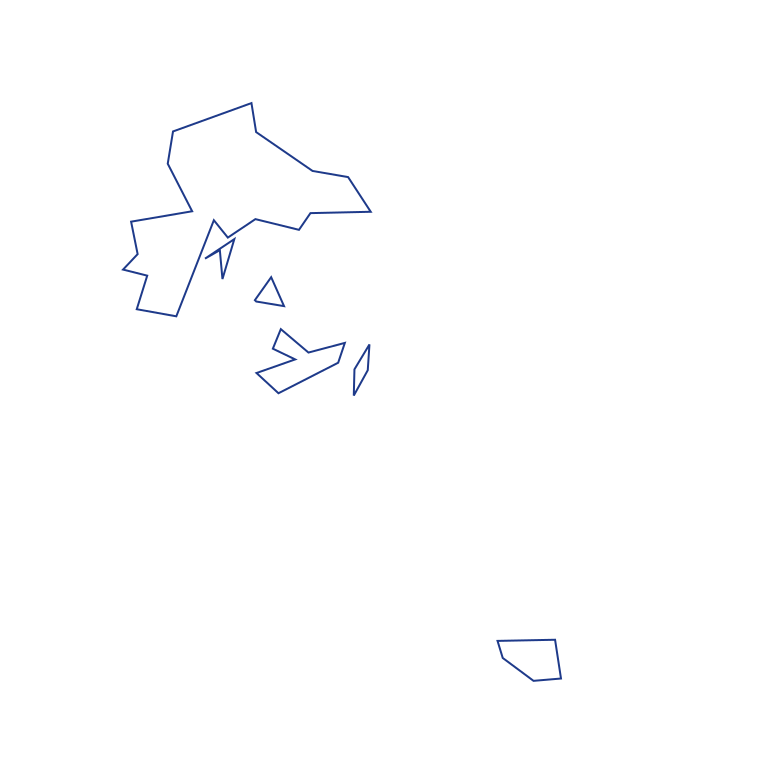 an SVG outline of Attiki, rotated 309°
{"feature_id": "GRC-2884", "entity_name": "Attiki", "entity_type": "Region", "adm_level": 1, "iso_a3": "GRC", "parent_name": "Greece", "parent_adm1": "", "projection": "mercator", "projection_center": [23.522, 37.086], "detail": "coarse", "context": "isolated", "style": "outline", "palette": "blue", "viewbox_px": 768, "rotation_deg": 309, "n_neighbors": 0, "source": "natural_earth", "source_scale": "10m", "svg_char_len": 767}
<svg xmlns="http://www.w3.org/2000/svg" viewBox="0 0 768 768"><g transform="rotate(309 384 384)"><path d="M447.5,61.1L518.9,104.2L499.3,126.1L504.6,194.4L522.2,225.9L509.5,265.3L470.5,219.3L450.3,220.9L431.2,180.3L399.5,170.5L404.2,148.7L305.9,180.0L286.5,144.8L319.2,131.8L308.7,109.2L329.9,110.8L351.0,85.3L397.5,126.2L419.1,77.3L447.5,61.1ZM312.3,278.0L347.2,299.5L341.5,275.4L361.7,269.3L360.9,305.5L391.3,327.7L371.7,335.0L310.4,307.8L312.3,278.0ZM255.8,633.9L292.9,677.9L266.5,706.9L247.4,687.0L245.8,648.7L255.8,633.9ZM363.9,192.4L384.7,172.2L368.8,166.0L402.4,176.5L363.9,192.4ZM396.0,229.1L381.6,257.3L367.7,232.8L367.9,230.9L396.0,229.1ZM405.6,347.8L384.5,362.7L356.0,367.8L376.8,351.8L405.6,347.8Z" fill="none" stroke="#1e3a8a" stroke-width="2"/></g></svg>